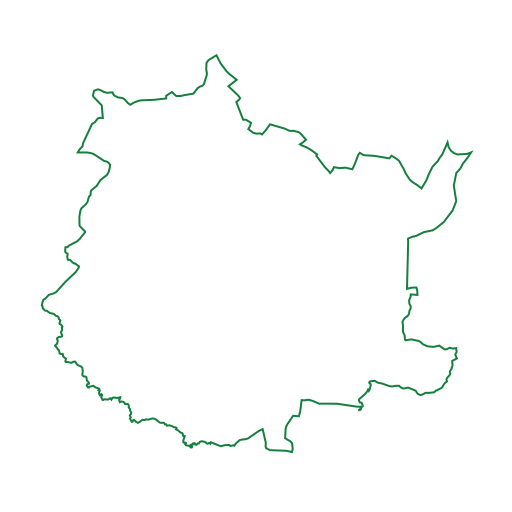 Usiacurí, Atlántico, Colombia, rotated 185°
{"feature_id": "7082276B65299122871620", "entity_name": "Usiacurí", "entity_type": "district", "adm_level": 2, "iso_a3": "COL", "parent_name": "Colombia", "parent_adm1": "Atlántico", "projection": "orthographic", "projection_center": [-74.979, 10.736], "detail": "fine", "context": "isolated", "style": "outline", "palette": "green", "viewbox_px": 512, "rotation_deg": 185, "n_neighbors": 0, "source": "geoboundaries", "source_scale": "gbopen_adm2", "svg_char_len": 5968}
<svg xmlns="http://www.w3.org/2000/svg" viewBox="0 0 512 512"><g transform="rotate(185 256 256)"><path d="M261.1,65.1L259.6,67.6L256.3,71.1L254.2,71.9L250.3,72.6L247.7,73.8L237.9,82.0L234.3,84.1L230.0,71.0L229.8,66.9L229.1,65.4L225.2,63.8L208.7,64.6L203.1,63.8L202.6,67.4L203.8,72.6L205.5,74.3L211.1,77.0L211.4,86.2L211.1,88.7L210.0,91.3L205.1,100.0L199.3,100.1L198.4,105.3L198.0,116.4L194.3,116.5L193.1,117.1L190.6,117.3L186.9,116.6L180.2,114.4L162.5,115.9L142.5,114.7L138.0,115.0L139.1,112.1L140.6,111.3L139.1,111.5L138.2,112.4L137.7,114.9L136.7,115.4L136.6,116.3L138.1,119.1L139.9,119.2L140.9,121.4L140.6,122.5L135.3,128.0L133.6,130.5L132.6,133.0L132.2,132.9L131.8,131.7L131.2,132.7L130.4,137.3L130.8,138.5L131.1,138.5L132.1,139.5L132.1,140.3L131.4,141.1L126.8,142.0L123.9,140.5L119.6,140.0L111.6,138.0L108.8,137.9L106.5,138.7L102.2,139.2L100.4,137.8L98.3,136.9L96.7,137.0L93.1,138.2L85.1,135.7L83.7,133.6L82.5,132.6L80.1,131.8L77.5,132.8L75.2,134.5L71.9,134.7L66.8,135.7L64.8,137.8L63.8,137.9L63.1,138.7L60.2,140.3L58.9,141.6L58.3,143.3L56.6,146.1L54.8,147.7L55.5,149.4L55.3,150.8L53.1,153.7L52.1,155.6L52.7,156.9L52.7,158.0L51.3,160.8L51.3,162.1L50.8,163.2L50.7,165.3L51.2,166.5L51.4,168.6L47.0,171.4L48.9,175.1L47.8,178.1L48.6,181.7L51.8,180.9L55.1,181.5L57.9,179.7L59.9,179.4L65.6,182.7L71.4,180.9L77.4,181.0L82.0,182.6L84.4,184.6L86.3,185.5L93.8,186.5L99.7,185.1L100.3,185.8L101.1,190.1L103.0,193.3L103.6,200.2L104.4,203.0L103.5,205.4L102.2,207.4L100.4,208.8L99.0,210.7L98.5,211.8L98.3,215.2L97.4,217.0L97.5,219.4L99.1,221.9L99.6,225.3L98.5,228.7L98.5,231.2L91.8,231.3L92.3,235.4L93.5,238.6L98.3,238.0L102.7,236.5L105.7,284.1L106.1,286.1L105.9,286.7L101.1,289.2L100.2,289.2L97.7,290.3L90.8,294.4L82.5,296.9L79.1,299.3L71.9,306.2L64.1,318.5L61.3,328.1L65.1,343.4L63.7,356.1L60.1,360.9L57.9,366.1L53.5,372.8L50.7,378.0L54.6,376.1L64.2,374.7L67.6,375.7L70.7,377.6L73.6,381.2L75.1,385.9L79.3,373.4L81.5,369.9L83.1,366.5L87.9,360.4L90.9,352.8L92.9,346.2L97.0,337.7L101.2,340.5L106.6,343.3L109.7,345.8L113.9,351.1L116.4,355.5L121.9,363.4L125.2,365.5L129.7,367.7L131.7,364.9L147.0,366.1L156.5,365.8L158.4,366.2L161.6,367.8L162.9,365.9L165.3,357.3L167.6,350.8L174.7,351.8L180.4,350.8L186.1,351.3L187.3,348.0L189.4,345.1L190.7,346.7L195.0,350.4L204.6,361.0L203.9,362.4L209.9,366.2L215.4,368.8L220.3,370.2L222.0,371.1L219.2,373.2L216.3,376.2L222.2,381.8L224.3,383.1L229.3,384.0L232.8,383.6L234.6,383.9L238.0,385.3L253.5,388.4L257.4,381.9L260.6,377.6L262.4,378.5L266.3,377.9L269.5,378.5L274.7,381.7L273.2,385.1L272.6,388.3L277.3,390.6L278.7,390.9L280.7,390.6L289.0,407.7L286.6,410.1L285.6,411.9L288.0,414.6L298.3,422.7L290.6,429.8L298.7,435.2L301.5,437.5L308.2,445.0L312.9,452.5L320.3,447.1L322.1,444.2L321.9,437.8L320.9,433.9L320.8,431.9L322.8,423.0L323.4,421.7L324.5,420.8L326.2,420.1L328.8,418.1L332.5,412.3L341.8,409.9L344.5,408.9L349.3,408.4L354.1,412.0L359.4,407.8L359.2,405.1L371.3,402.7L383.7,401.1L386.5,400.4L390.6,398.4L394.5,395.7L397.1,397.3L399.9,400.1L401.5,401.2L403.5,401.8L407.1,401.9L410.6,403.2L412.2,404.5L413.2,406.5L418.7,405.6L421.3,406.0L426.3,408.0L428.1,408.2L431.7,406.5L432.4,402.0L431.9,400.5L422.8,392.6L420.6,380.1L423.3,380.1L425.0,379.5L425.7,379.0L428.2,375.2L430.9,373.2L438.2,353.0L438.4,350.0L440.8,347.2L442.6,343.6L433.3,344.4L430.0,344.2L426.7,343.5L415.8,337.6L412.2,336.8L410.5,335.6L409.3,334.1L409.3,331.1L410.2,326.8L411.4,323.9L417.6,318.1L420.9,311.8L425.7,307.2L426.3,305.5L426.1,302.3L427.6,300.5L428.6,295.0L430.1,292.6L434.0,288.4L434.8,286.4L435.4,279.8L434.5,271.2L434.1,270.4L428.4,265.5L428.4,264.7L433.0,257.8L435.5,255.0L443.1,250.2L444.7,248.4L446.6,248.1L446.5,243.9L446.1,243.2L443.8,241.6L444.0,238.5L443.2,236.2L442.9,235.8L440.8,235.9L438.1,233.5L436.3,232.6L435.7,232.9L431.4,230.2L431.8,228.5L434.2,224.3L443.8,213.5L451.7,202.9L454.5,201.0L458.9,199.3L462.4,195.0L463.9,194.0L464.6,191.7L465.0,188.0L464.3,187.5L463.9,185.4L461.4,183.3L459.5,183.1L456.7,181.4L452.3,180.6L450.5,179.1L448.8,178.8L447.2,177.7L447.0,176.1L445.3,174.9L445.9,171.7L445.6,171.2L444.0,170.5L442.6,168.6L443.3,167.7L442.7,166.2L442.7,165.3L443.7,163.1L442.1,159.8L442.2,159.2L442.9,158.6L445.4,158.2L446.8,157.0L447.1,156.1L446.1,154.4L446.4,151.5L448.3,149.4L448.0,148.8L446.2,147.2L445.4,145.9L443.9,144.5L443.2,141.8L441.6,141.3L440.0,141.5L439.2,138.9L436.4,137.2L436.7,134.2L436.1,133.8L434.0,133.9L430.9,133.5L430.1,133.7L429.1,134.6L427.3,135.1L426.6,134.8L425.5,133.0L424.0,131.7L421.1,130.9L419.3,129.6L418.5,126.0L418.7,123.0L418.4,121.9L416.9,121.0L414.9,121.0L414.4,120.5L413.6,117.2L411.4,115.1L411.4,114.1L413.0,113.5L413.3,112.3L413.0,111.6L412.0,111.0L411.8,110.4L411.0,110.4L410.7,111.2L406.8,112.5L404.2,111.0L400.8,110.2L400.3,109.2L401.1,108.5L400.0,108.0L400.5,105.9L399.9,104.4L399.3,103.6L397.9,104.9L397.1,104.2L397.8,101.7L396.4,99.3L395.6,99.2L394.7,100.0L390.9,100.1L388.9,101.6L387.5,100.3L386.7,102.1L385.9,102.6L381.8,102.5L378.9,103.5L378.9,102.4L379.8,100.8L378.9,98.5L377.4,99.3L375.6,99.2L374.3,98.4L373.5,97.1L372.5,97.0L371.2,97.5L370.4,97.1L369.6,95.7L369.6,94.0L368.3,92.7L368.1,91.4L366.7,89.3L366.8,87.5L367.8,86.5L367.8,86.1L366.7,84.4L367.4,83.2L365.4,80.0L364.6,80.2L364.2,81.6L363.3,82.2L361.1,80.4L359.1,79.5L357.6,80.4L355.0,82.9L352.5,82.9L351.5,83.7L349.1,83.6L344.8,85.2L344.0,85.2L341.9,84.6L337.3,81.7L335.6,81.5L333.7,81.9L332.9,81.6L332.1,80.3L330.8,80.5L329.9,79.2L327.6,79.8L324.8,79.2L322.7,78.2L321.1,78.3L320.1,77.7L320.5,76.3L318.3,75.4L315.7,73.5L314.2,73.2L313.4,72.3L313.2,70.8L312.7,70.4L311.3,70.3L312.3,66.1L312.2,64.1L311.8,63.8L309.8,63.9L309.5,63.5L310.2,63.0L310.3,62.5L309.1,61.3L305.9,61.1L304.2,59.5L303.2,59.8L303.1,60.6L304.4,61.0L304.7,62.0L304.0,62.6L302.5,62.7L302.3,63.9L301.2,64.2L300.5,63.9L300.4,63.0L298.8,62.7L297.9,64.1L296.6,64.2L295.8,66.0L293.6,66.8L290.2,66.2L288.4,64.8L287.7,64.8L286.4,65.7L285.2,65.0L284.7,66.5L274.5,63.4L270.7,64.8L266.1,65.4L265.0,64.5L261.8,65.5L261.1,65.1Z" fill="none" stroke="#15803d" stroke-width="2"/></g></svg>